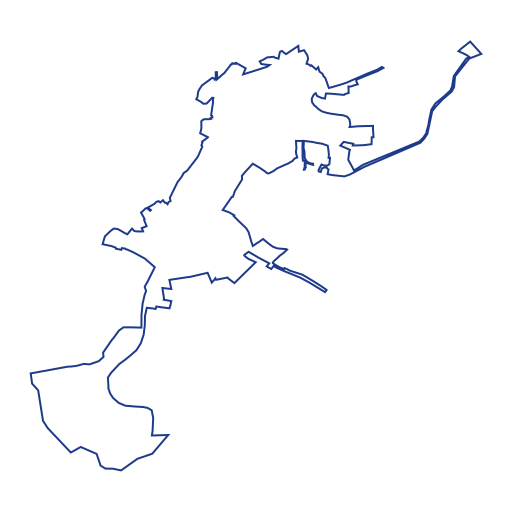 the district of Miercurea Ciuc, Harghita, Romania
{"feature_id": "2599482B67036234724680", "entity_name": "Miercurea Ciuc", "entity_type": "district", "adm_level": 2, "iso_a3": "ROU", "parent_name": "Romania", "parent_adm1": "Harghita", "projection": "robinson", "projection_center": [25.638, 46.385], "detail": "fine", "context": "isolated", "style": "outline", "palette": "blue", "viewbox_px": 512, "rotation_deg": 0, "n_neighbors": 0, "source": "geoboundaries", "source_scale": "gbopen_adm2", "svg_char_len": 5994}
<svg xmlns="http://www.w3.org/2000/svg" viewBox="0 0 512 512"><path d="M364.3,166.9L420.5,142.7L424.4,138.4L427.4,133.8L432.2,111.2L435.6,106.8L442.3,99.7L451.8,91.4L454.1,87.1L455.0,76.4L469.2,58.6L481.3,53.9L470.2,41.6L461.4,48.5L458.5,51.2L463.1,53.3L465.5,54.5L466.3,54.9L467.1,55.4L469.5,57.1L466.2,58.6L453.8,76.1L452.0,86.8L450.2,90.7L443.3,97.0L441.1,98.8L435.4,103.4L431.4,109.6L429.4,118.8L428.3,125.4L426.9,130.2L426.2,133.4L423.3,137.6L419.4,141.5L363.0,164.8L354.0,170.5L353.4,169.2L348.4,160.0L348.3,159.0L349.4,151.1L349.9,149.8L340.3,145.6L343.7,141.9L353.3,143.8L352.8,145.5L363.6,145.2L371.5,144.2L371.6,142.6L371.7,137.3L373.5,137.2L372.9,127.6L373.0,127.1L373.0,125.9L363.5,126.1L357.9,126.3L349.6,127.0L349.8,126.4L350.0,125.7L350.2,124.6L350.1,122.6L349.4,119.3L347.1,116.7L343.3,115.3L337.8,114.7L330.4,113.6L326.1,112.7L322.0,111.4L318.6,109.2L315.6,106.4L314.1,105.2L312.2,102.5L311.7,98.9L313.2,95.7L314.4,94.0L315.7,93.2L317.1,96.0L322.0,98.1L325.0,98.5L325.0,98.1L326.0,93.5L330.9,93.7L344.0,94.9L345.2,94.0L348.7,93.0L348.4,86.5L350.7,86.5L354.3,85.3L357.7,84.3L356.3,81.3L356.2,79.8L365.7,75.8L377.4,71.2L383.4,67.9L382.0,66.9L377.0,69.8L367.8,73.4L360.6,76.6L352.8,79.9L347.0,82.5L341.1,84.5L328.9,88.0L328.6,87.4L326.2,80.4L325.3,78.0L323.8,76.5L323.0,75.1L322.6,73.9L319.5,71.6L318.2,67.2L316.2,69.5L311.4,65.3L310.7,65.9L308.6,64.4L306.5,63.7L308.1,58.9L307.8,57.1L307.2,55.0L304.0,50.2L298.9,51.7L298.3,45.9L286.1,54.1L284.8,53.3L281.8,50.9L280.0,51.9L279.3,54.6L278.5,58.6L275.0,57.7L273.6,56.8L267.2,57.4L262.7,60.0L259.7,61.4L261.3,64.0L266.2,64.7L269.6,65.0L267.0,66.8L243.2,74.4L244.0,72.3L245.7,68.3L236.1,62.9L235.8,62.9L235.6,63.8L234.8,63.4L234.4,63.4L234.1,63.8L232.3,63.2L231.7,64.5L230.6,64.6L230.3,65.4L224.2,73.2L222.2,74.7L219.3,77.4L217.0,79.3L217.2,78.0L217.2,76.5L216.9,72.1L215.7,72.2L215.8,79.3L214.7,79.7L214.1,78.4L212.3,77.8L201.9,85.5L199.5,89.1L198.5,90.9L198.0,92.8L197.5,96.9L196.3,99.2L200.7,101.7L203.5,103.8L206.7,103.5L212.1,97.8L212.8,97.7L213.4,98.0L212.8,101.1L213.1,101.9L211.1,115.3L212.1,115.9L212.1,116.3L212.4,117.4L210.7,117.9L211.1,118.8L209.0,119.2L204.2,119.2L202.8,119.9L201.3,121.2L201.4,128.1L201.1,129.6L200.2,133.3L207.9,137.2L207.4,137.8L203.8,140.4L203.1,140.8L202.3,141.4L202.1,142.0L202.5,142.3L202.0,143.9L201.4,145.3L202.2,146.2L202.3,146.6L198.4,155.5L197.3,157.5L187.1,170.7L183.7,173.0L181.7,176.7L177.5,182.2L169.8,197.9L170.6,200.9L168.6,202.1L167.5,204.2L166.2,202.8L165.0,202.8L162.9,200.2L160.3,202.5L158.5,201.1L156.2,202.0L154.4,203.9L147.7,207.6L150.9,210.1L150.2,210.8L146.8,208.1L145.4,208.5L142.5,211.4L141.0,212.5L144.0,217.9L144.6,219.3L144.1,220.0L145.3,222.9L146.6,226.2L141.7,228.1L143.1,231.4L142.2,231.5L136.8,231.4L134.4,231.1L132.0,228.6L128.1,233.4L127.3,234.3L124.4,232.9L120.6,230.6L117.9,229.2L116.4,228.8L113.8,228.6L110.7,230.8L104.9,236.4L104.0,239.4L102.6,244.2L111.6,246.1L115.7,247.7L115.9,248.7L121.3,249.8L121.9,248.1L125.3,248.6L125.8,249.2L127.1,249.5L133.5,252.4L144.9,258.6L154.8,267.2L147.3,282.2L144.7,286.7L146.1,291.1L144.7,294.6L142.6,303.7L141.5,315.0L141.4,327.6L129.8,327.3L123.5,327.3L118.9,330.6L113.7,337.8L111.8,340.0L103.1,352.6L103.5,356.9L98.7,361.2L90.8,363.9L89.6,364.4L83.8,363.9L76.5,365.9L71.4,366.5L67.4,366.7L30.7,373.4L32.1,383.6L38.2,390.4L43.0,420.8L47.8,428.2L70.8,452.5L80.7,447.0L96.6,453.9L100.6,465.6L105.4,468.6L112.8,468.7L121.1,470.4L137.4,458.8L152.3,453.7L168.2,435.0L151.9,435.5L152.6,430.7L153.2,418.0L151.7,410.3L147.6,407.9L143.1,407.0L134.8,406.5L125.3,405.7L118.7,402.9L113.1,398.0L110.3,393.8L108.4,388.5L108.4,385.9L107.9,377.6L111.0,372.9L119.2,364.1L125.2,359.7L130.5,355.4L136.4,350.2L140.8,343.3L143.7,334.5L144.8,325.1L145.0,316.0L146.8,307.8L152.6,308.4L153.9,308.6L155.5,309.0L156.4,306.5L161.5,307.3L169.5,308.3L170.6,304.4L171.3,301.1L163.7,299.7L164.0,298.6L162.4,288.0L171.3,289.0L169.4,279.9L184.5,277.6L190.5,276.8L207.6,272.8L211.8,282.6L213.8,280.4L215.4,278.3L216.1,279.8L227.6,277.5L227.8,278.1L234.4,283.1L255.7,262.2L248.5,258.9L244.9,256.2L244.2,255.1L245.0,254.4L248.6,251.8L258.8,257.8L269.2,263.3L268.8,263.8L266.7,266.4L271.2,269.0L273.3,266.5L273.6,266.0L276.3,267.6L286.0,271.9L289.9,273.4L294.0,275.1L295.7,275.8L300.0,277.5L309.4,282.6L325.0,292.1L326.6,290.0L324.6,288.5L320.0,285.4L313.5,281.3L305.8,276.7L302.1,274.6L289.5,270.5L288.0,269.6L284.5,268.1L284.0,269.0L280.3,267.6L275.6,265.0L272.9,263.2L272.8,262.6L273.8,261.2L278.4,257.1L278.9,256.5L279.9,255.6L283.6,252.9L285.9,250.7L287.1,249.6L286.3,249.1L284.6,249.0L277.4,248.4L273.0,246.8L269.0,243.9L263.0,239.0L258.5,242.3L258.1,242.4L252.8,246.0L251.2,241.2L248.6,232.2L246.2,228.2L242.5,224.7L237.9,220.3L233.6,215.9L234.2,215.2L229.2,212.4L222.7,210.0L231.9,196.8L232.9,196.8L234.9,191.0L242.1,179.4L241.9,175.8L244.5,172.7L252.8,163.7L259.7,167.8L265.3,171.6L266.2,172.5L267.2,173.2L268.3,173.4L269.2,173.3L270.6,172.5L273.0,171.3L273.7,170.9L274.7,170.2L276.9,168.5L284.1,165.2L288.4,163.4L293.0,160.6L293.4,159.8L294.0,159.1L294.7,158.5L297.2,157.5L297.0,156.7L296.8,156.1L296.3,154.3L295.9,151.6L296.3,148.8L296.4,146.7L296.2,145.7L296.1,143.4L296.0,140.9L298.9,141.0L302.6,140.9L302.5,146.9L302.5,149.5L302.6,153.5L302.5,155.6L302.9,160.7L304.2,160.7L304.8,161.5L304.7,164.4L304.6,164.9L304.9,166.0L303.9,169.7L304.7,169.6L305.1,168.2L305.5,167.7L305.8,167.5L305.5,165.5L305.7,163.2L307.2,163.1L313.1,164.9L313.1,163.7L312.7,163.6L312.2,163.6L311.5,163.6L309.4,162.9L307.4,161.9L306.6,161.1L304.9,158.4L304.7,157.6L304.4,151.4L303.8,148.9L303.6,147.8L303.6,146.3L303.7,145.1L303.8,140.9L308.0,141.4L312.1,141.9L316.9,142.9L322.1,143.7L327.7,145.7L328.3,149.1L328.6,151.8L328.9,154.7L328.6,157.8L330.0,157.8L329.4,164.0L328.6,164.8L327.4,165.5L325.7,165.6L323.8,165.4L321.5,164.5L319.4,168.3L318.8,169.7L318.5,170.2L318.7,171.4L320.7,172.0L321.9,168.4L324.1,167.6L326.5,167.5L327.0,168.0L327.5,168.8L328.5,169.5L327.6,174.2L331.6,175.0L344.4,176.4L349.9,174.5L364.3,166.9Z" fill="none" stroke="#1e3a8a" stroke-width="2"/></svg>